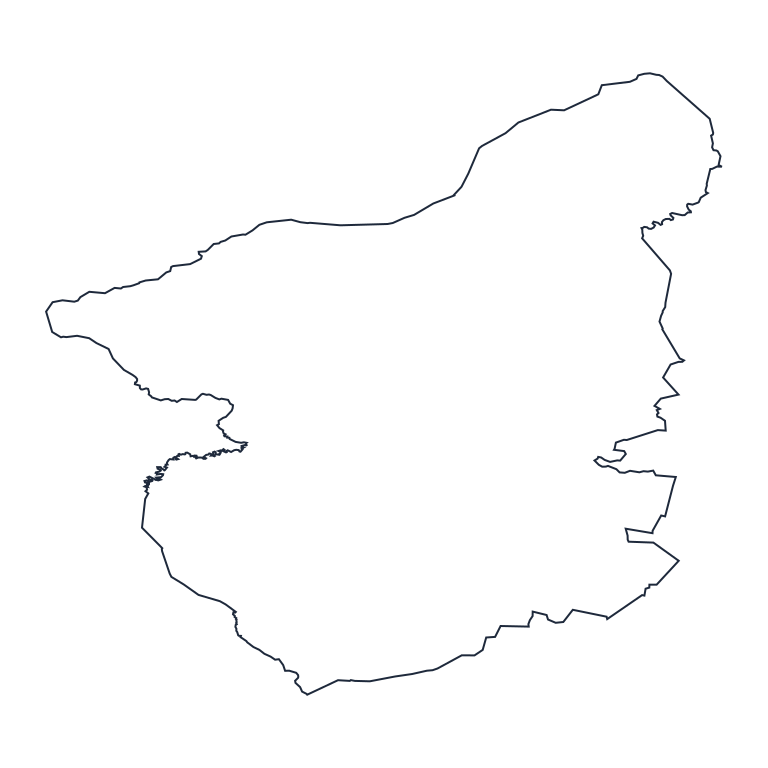 Tirzas pag., Gulbene, Latvia (Equal Earth projection)
{"feature_id": "27541924B64079205421183", "entity_name": "Tirzas pag.", "entity_type": "district", "adm_level": 2, "iso_a3": "LVA", "parent_name": "Latvia", "parent_adm1": "Gulbene", "projection": "equal_earth", "projection_center": [26.38, 57.123], "detail": "fine", "context": "isolated", "style": "outline", "palette": "slate", "viewbox_px": 768, "rotation_deg": 0, "n_neighbors": 0, "source": "geoboundaries", "source_scale": "gbopen_adm2", "svg_char_len": 6102}
<svg xmlns="http://www.w3.org/2000/svg" viewBox="0 0 768 768"><path d="M607.2,619.1L642.1,595.1L644.4,595.6L645.6,588.7L649.3,587.6L649.4,584.7L656.6,584.7L678.7,560.8L653.4,542.6L628.6,541.7L627.7,539.7L627.6,535.6L625.7,528.7L652.5,533.2L652.6,530.8L661.2,515.5L665.1,516.4L673.0,485.8L675.8,477.0L655.8,475.3L653.2,470.6L647.9,471.6L643.5,471.2L639.4,472.3L630.0,470.8L624.8,472.8L619.6,472.4L616.4,469.2L608.0,465.9L605.9,466.6L602.2,466.7L598.8,464.8L594.5,460.5L597.6,458.6L598.2,456.9L601.2,457.5L604.6,459.9L610.1,461.9L617.2,460.4L620.2,460.6L625.8,454.0L624.2,451.1L614.0,449.8L614.6,448.8L615.9,442.6L623.9,439.8L626.8,440.0L657.8,430.1L665.7,430.6L665.0,420.8L660.5,417.7L657.4,416.6L657.0,414.4L658.5,413.0L656.8,410.1L659.8,408.9L654.5,405.9L660.8,398.6L678.5,394.6L663.1,377.5L670.6,364.5L678.4,361.9L682.3,361.8L684.0,360.4L679.7,358.4L662.3,329.3L662.7,328.5L659.5,321.6L661.1,315.8L662.7,312.4L662.7,311.1L665.2,307.1L665.5,302.7L671.1,273.8L669.9,270.4L642.1,238.3L643.2,235.8L642.4,232.9L642.3,229.7L641.5,228.1L643.0,227.8L644.2,226.9L647.1,227.3L648.6,228.6L651.1,228.9L653.7,227.5L655.0,225.4L652.6,223.4L653.6,221.7L658.0,222.8L660.6,224.9L662.1,224.2L661.9,222.1L663.4,220.2L665.8,219.0L669.5,218.9L670.8,220.1L672.9,219.5L673.4,217.9L670.6,215.3L670.2,214.0L672.1,213.0L682.1,215.2L684.7,215.1L687.7,212.5L690.9,212.3L690.8,211.3L688.7,209.6L687.1,206.4L687.2,204.6L688.2,203.8L692.6,204.6L698.1,202.6L698.8,202.1L700.7,197.7L707.8,193.1L705.9,192.1L705.5,190.1L706.9,185.5L706.7,183.8L710.3,169.0L712.2,168.9L716.9,166.6L721.9,166.7L718.6,165.0L720.5,156.2L717.8,151.3L716.4,150.5L713.5,150.2L712.1,147.3L712.9,143.4L711.1,135.6L712.9,134.5L713.2,132.9L709.7,118.8L666.8,81.0L662.6,76.6L659.1,75.0L656.3,74.8L650.0,73.3L644.3,73.8L638.2,75.4L636.5,78.9L629.9,81.8L601.8,85.2L598.3,94.3L564.1,110.3L551.0,109.7L518.4,122.5L505.5,133.2L482.1,145.9L479.1,148.3L468.3,173.6L461.5,186.8L453.8,195.1L454.2,195.5L433.3,203.5L414.1,214.9L404.5,217.8L392.8,223.0L387.6,224.0L340.5,225.3L310.0,222.8L307.6,223.1L300.4,222.2L291.2,219.7L266.8,222.3L259.4,224.8L252.5,230.4L245.5,234.7L243.0,234.5L231.4,236.5L225.3,240.5L220.6,241.9L219.0,243.4L213.7,244.0L207.7,250.0L205.6,251.4L198.7,251.8L199.0,254.0L201.8,256.1L201.0,258.7L190.1,264.1L173.0,266.1L171.2,267.0L170.2,271.1L166.3,272.4L158.0,279.3L145.7,280.5L139.4,282.4L139.2,283.2L133.4,285.3L130.3,286.2L123.1,287.0L120.9,288.5L114.6,287.9L105.0,293.2L89.3,291.8L80.4,297.1L77.8,300.6L74.3,301.7L62.5,300.3L52.6,302.2L46.1,311.6L52.2,332.0L61.0,337.3L63.2,336.7L66.4,337.1L77.1,335.8L89.2,338.2L96.5,343.1L108.6,349.0L112.9,358.4L123.9,369.9L132.7,375.0L135.6,377.1L137.1,379.0L137.1,380.7L136.3,382.1L135.1,382.5L134.9,384.2L139.8,385.6L139.9,388.1L141.1,389.4L142.6,389.5L146.1,388.4L148.1,388.9L149.1,392.3L148.7,394.4L151.2,396.3L151.9,397.4L160.8,400.4L164.7,399.2L168.3,399.0L171.7,400.8L174.6,400.5L176.9,402.0L181.7,399.0L195.2,399.9L196.2,399.6L201.4,394.4L202.9,393.8L206.5,394.8L209.0,394.5L210.7,395.0L215.4,397.9L219.3,399.4L221.4,398.7L228.1,399.9L230.2,403.7L233.0,405.2L232.6,408.4L231.7,410.7L225.9,416.9L223.2,417.8L218.6,420.8L218.9,424.2L217.1,425.2L219.5,428.1L223.2,430.4L223.0,431.6L223.7,433.5L225.5,434.3L224.1,435.7L224.5,436.3L227.4,436.5L227.2,437.6L229.4,437.8L229.7,439.0L235.6,441.9L241.1,442.8L243.9,442.3L246.5,442.8L246.0,443.2L246.6,445.2L245.9,445.5L245.1,445.0L241.5,446.0L241.6,446.5L243.5,447.4L241.5,447.9L241.6,448.7L242.8,448.8L242.7,449.2L240.5,451.7L239.5,451.5L238.7,450.1L236.2,449.8L234.2,450.2L231.1,452.0L227.7,450.3L226.7,450.9L226.8,452.1L226.0,452.4L223.4,451.2L224.6,450.0L223.5,449.1L223.0,449.5L223.2,450.4L222.7,450.6L220.9,450.3L218.6,451.0L220.8,452.1L220.5,453.1L219.3,453.9L219.7,454.5L219.4,454.8L215.7,454.2L215.7,452.2L214.6,451.6L213.0,452.3L213.7,455.1L214.8,456.0L214.4,456.3L212.4,455.5L211.0,455.6L211.9,454.4L210.0,453.6L209.2,453.5L208.5,454.5L206.2,454.9L203.4,457.1L206.0,458.3L205.5,458.8L203.4,458.8L202.3,457.8L200.8,457.5L198.4,457.5L196.2,458.4L195.9,458.0L197.0,457.1L196.5,455.7L195.0,455.6L195.0,456.5L194.0,456.8L193.2,455.8L190.6,456.3L190.2,454.3L187.2,452.6L185.6,452.8L185.3,454.2L184.8,454.4L182.7,454.1L180.9,454.7L179.2,453.9L178.5,454.3L178.8,455.9L177.4,455.8L176.1,456.9L176.2,457.8L178.1,459.1L176.3,459.6L175.5,458.9L175.5,457.4L174.8,457.0L173.4,457.7L173.1,458.5L173.4,459.5L169.8,459.1L168.6,460.1L167.0,462.5L166.9,463.5L167.5,464.5L165.7,464.7L165.9,465.4L164.5,466.8L166.9,467.6L164.8,470.2L164.3,470.4L163.3,469.3L161.3,468.5L161.1,467.5L160.5,467.1L157.2,467.1L157.6,468.7L159.8,469.5L160.7,470.6L159.2,471.6L155.9,472.4L155.7,472.9L157.3,473.2L156.9,474.5L160.7,473.9L163.2,474.2L163.0,475.2L161.0,477.2L156.2,477.6L157.7,479.2L157.3,479.6L160.0,479.2L160.7,479.6L158.3,480.4L155.8,479.8L149.4,476.6L147.5,477.4L148.9,478.7L148.7,479.6L151.9,479.8L152.5,480.6L152.2,481.0L149.2,481.9L146.7,480.4L144.5,481.0L145.0,482.4L149.0,483.5L149.0,484.0L146.9,484.6L146.8,485.1L148.1,485.3L147.5,486.0L147.9,486.8L145.2,486.0L144.5,486.5L147.0,487.4L146.7,488.0L147.1,489.7L145.5,491.2L148.3,493.4L145.2,498.9L142.0,527.7L162.3,548.2L161.8,549.0L162.1,551.2L169.7,573.6L171.4,576.9L183.8,584.5L198.5,594.9L219.9,601.2L225.6,604.4L235.8,611.9L235.1,612.6L233.4,612.4L233.0,614.3L234.8,615.9L234.6,617.0L236.3,618.1L235.9,619.1L236.6,619.7L236.3,620.8L236.7,622.1L236.1,623.0L236.8,624.2L235.7,624.9L235.4,626.9L236.4,628.7L236.3,630.8L237.2,632.0L238.2,635.3L238.9,635.8L240.9,635.9L240.5,637.1L246.4,641.1L247.2,642.3L253.4,647.0L259.4,649.9L264.4,653.8L270.6,656.6L275.1,659.7L278.9,659.2L283.2,665.1L285.1,670.8L289.2,670.7L296.2,672.8L298.1,675.1L298.3,676.9L298.0,677.9L295.1,680.8L295.5,682.9L300.1,687.1L302.1,691.6L306.6,693.9L307.2,694.7L338.0,680.2L349.8,680.9L350.8,680.1L354.8,680.9L369.8,681.3L395.0,676.5L412.2,674.0L426.9,670.7L432.6,670.2L437.5,668.5L461.8,655.3L474.5,655.4L482.7,649.9L486.2,637.5L495.1,636.9L500.6,626.0L528.7,626.6L528.4,624.1L529.9,620.1L532.6,616.1L532.7,611.6L546.6,615.0L548.0,619.5L555.7,622.8L563.3,622.0L572.8,609.8L606.6,616.7L607.2,619.1Z" fill="none" stroke="#1e293b" stroke-width="2"/></svg>